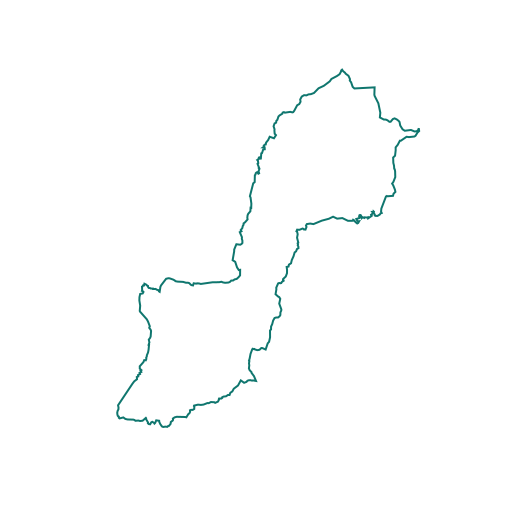 Cabesti, Bihor, Romania, rotated 323°
{"feature_id": "2599482B71952057061288", "entity_name": "Cabesti", "entity_type": "district", "adm_level": 2, "iso_a3": "ROU", "parent_name": "Romania", "parent_adm1": "Bihor", "projection": "albers", "projection_center": [22.412, 46.783], "detail": "fine", "context": "isolated", "style": "outline", "palette": "teal", "viewbox_px": 512, "rotation_deg": 323, "n_neighbors": 0, "source": "geoboundaries", "source_scale": "gbopen_adm2", "svg_char_len": 6105}
<svg xmlns="http://www.w3.org/2000/svg" viewBox="0 0 512 512"><g transform="rotate(323 256 256)"><path d="M375.4,295.7L377.1,297.1L379.9,297.4L381.1,296.9L382.3,297.3L382.6,295.8L384.6,293.6L395.6,286.7L396.6,286.8L396.9,287.4L401.6,290.4L403.4,289.0L405.9,288.7L406.9,286.6L408.1,282.2L408.3,280.1L410.3,279.5L414.7,276.8L418.0,272.2L419.0,270.2L418.9,269.5L420.6,266.9L421.7,264.3L424.8,259.9L427.4,259.6L431.1,255.7L432.9,253.3L436.1,252.5L440.3,250.5L441.0,251.1L448.0,251.4L449.7,253.1L454.4,255.9L455.7,256.0L459.3,254.6L461.5,254.4L462.9,251.9L461.3,253.0L459.5,253.1L457.6,252.0L455.6,248.6L450.2,245.5L449.3,243.0L449.7,238.6L451.3,235.3L451.2,233.8L450.6,231.6L449.5,229.5L447.7,229.0L444.3,229.8L443.3,229.1L442.7,226.8L441.8,225.2L440.2,223.9L438.3,219.9L441.5,216.4L445.6,207.7L447.1,199.5L447.6,198.4L452.2,192.7L435.4,181.4L435.0,179.1L436.5,174.5L436.5,172.3L437.5,171.3L438.3,167.7L437.3,164.3L437.4,163.2L436.8,160.8L436.9,159.0L435.7,159.1L435.0,159.8L432.2,161.1L429.1,161.0L422.8,160.0L420.0,160.9L412.6,160.9L406.9,159.7L400.4,160.7L397.3,159.8L395.1,158.5L393.0,158.1L391.2,156.5L388.5,156.2L385.5,157.6L384.4,159.6L382.0,160.7L379.6,160.4L374.0,163.0L372.3,163.5L371.5,163.2L370.1,161.5L365.3,158.9L364.9,157.9L363.6,157.5L362.7,158.2L359.4,157.9L357.9,158.1L355.0,160.1L353.6,160.3L352.3,161.6L350.6,161.3L348.1,163.0L347.1,165.9L346.2,166.9L344.5,169.6L344.7,171.5L341.2,172.8L338.7,169.0L335.5,170.7L332.3,171.5L330.9,172.8L329.9,172.3L328.6,172.6L328.5,173.5L327.3,173.5L328.0,174.0L328.1,174.7L327.2,176.0L325.9,175.2L322.8,177.4L322.0,177.2L318.5,181.1L317.5,180.5L317.9,179.2L317.6,179.1L315.9,180.2L314.8,180.1L314.9,181.0L313.7,183.2L312.7,183.3L311.4,187.9L311.1,187.8L311.1,188.5L309.0,189.9L308.3,191.8L307.4,191.7L307.4,189.8L306.9,189.6L305.7,189.7L304.5,190.7L303.7,190.8L299.4,196.2L297.5,196.3L287.1,204.6L286.9,205.9L283.8,211.4L281.1,214.7L280.7,214.2L278.4,216.9L275.2,217.6L273.8,218.4L272.1,220.2L271.3,221.7L267.5,222.5L265.7,222.5L264.8,223.6L263.6,224.0L261.8,225.5L259.4,226.1L259.3,227.5L257.4,227.2L256.1,232.5L255.0,233.8L254.4,235.5L253.0,237.4L251.6,237.7L250.2,237.5L247.4,234.8L242.5,237.7L241.3,239.2L234.8,245.3L235.9,248.1L234.0,253.7L233.8,256.9L235.0,257.5L231.6,261.9L229.5,262.4L226.8,262.7L224.8,261.8L223.0,261.8L221.4,260.7L219.5,261.0L218.0,260.6L215.2,258.8L213.7,257.2L212.9,255.8L210.7,254.7L205.6,250.9L195.1,245.1L193.8,243.4L193.0,243.0L192.6,242.4L191.6,242.1L189.8,240.3L188.0,241.6L187.0,240.5L186.6,239.6L186.4,237.6L185.6,236.4L183.9,235.1L182.2,232.8L177.9,229.2L176.5,227.6L176.4,226.6L175.6,224.9L173.6,221.9L172.6,221.0L170.5,220.1L162.6,222.3L161.2,223.0L157.5,226.6L157.2,225.8L157.5,224.5L156.5,223.3L156.0,221.9L153.9,220.4L154.1,220.0L152.4,218.7L152.1,217.9L151.1,216.9L151.2,215.6L151.7,214.9L151.1,213.8L151.2,213.0L150.3,211.2L150.2,211.0L148.9,212.1L148.3,211.5L147.0,212.1L146.5,211.9L144.5,214.8L143.9,215.2L144.4,216.0L144.5,217.0L143.0,217.7L140.7,216.6L138.2,218.7L136.1,221.3L133.6,226.0L130.1,229.9L129.9,230.6L130.7,240.8L130.3,243.4L128.9,248.2L127.5,249.1L127.5,251.4L127.1,252.7L123.5,256.8L122.3,257.6L120.0,258.3L118.9,260.8L116.8,262.3L117.1,262.6L113.7,266.3L111.7,268.1L109.1,269.6L108.2,270.6L107.1,271.1L106.5,272.2L105.2,273.0L104.1,271.9L102.2,273.0L96.8,274.1L95.4,276.0L95.8,278.1L94.7,278.1L94.6,279.6L92.6,279.3L92.3,280.5L90.1,280.1L89.5,281.3L88.0,280.9L86.8,282.8L83.4,282.8L80.6,283.6L56.0,292.2L55.0,294.3L53.8,295.7L52.3,296.4L50.8,297.7L49.8,299.4L49.4,300.6L49.8,301.7L49.1,302.6L49.3,303.6L52.9,305.1L53.6,307.5L55.1,309.3L59.5,312.8L60.3,313.9L60.5,315.0L63.0,316.6L64.1,318.0L66.3,319.3L70.6,319.0L70.6,319.5L70.0,320.1L69.6,324.0L69.0,324.5L69.2,325.7L70.2,326.7L72.2,325.8L73.4,326.0L74.2,328.2L74.1,328.7L75.1,328.6L77.4,327.2L79.5,329.3L78.9,330.3L78.4,332.5L78.3,335.5L79.0,336.7L80.9,337.7L82.4,339.1L83.5,338.9L84.2,339.3L86.7,338.7L88.1,337.3L90.5,337.3L91.2,336.9L91.8,335.8L93.9,335.9L95.9,336.7L102.6,342.0L103.3,342.9L106.9,341.5L108.0,341.6L109.6,340.8L110.4,339.5L111.5,339.8L112.8,340.8L114.6,341.0L116.1,339.2L116.1,338.5L116.5,338.2L120.2,339.8L122.4,341.8L124.7,343.1L128.7,344.2L129.7,345.1L132.1,345.5L134.7,347.7L135.0,348.7L138.0,349.4L140.1,348.4L140.1,348.0L140.7,347.6L142.6,349.0L143.6,349.0L143.9,348.5L145.4,348.7L147.6,350.0L150.0,350.1L151.2,351.1L153.2,349.8L155.6,349.9L158.4,348.6L163.7,348.6L169.0,346.2L170.2,350.1L172.6,350.8L174.0,350.5L175.0,350.7L176.7,351.7L177.9,353.2L178.7,353.5L180.8,355.8L182.1,350.7L182.1,346.8L182.5,346.0L182.2,343.4L182.7,341.5L184.9,339.2L185.8,337.5L187.5,335.9L187.4,335.4L189.3,334.0L192.7,330.9L196.9,328.2L197.6,328.1L198.0,328.9L198.8,329.3L198.8,329.8L200.3,331.9L201.1,332.4L202.4,333.0L204.9,332.7L205.7,333.4L207.4,336.5L212.8,332.8L214.8,332.4L218.3,329.4L222.4,323.9L223.8,323.7L225.6,321.4L227.9,320.2L230.8,317.9L233.5,316.7L235.0,317.2L236.7,318.4L238.6,318.3L239.9,317.8L241.6,315.7L243.3,314.8L244.1,313.9L245.9,308.0L249.6,304.8L249.8,302.8L249.3,301.8L248.6,298.3L252.2,294.9L253.1,293.5L257.2,291.2L258.3,291.5L259.0,292.4L259.9,292.8L260.9,292.3L263.2,292.4L263.5,291.4L263.3,291.2L263.8,290.7L267.4,290.3L270.4,288.4L272.5,285.7L273.9,283.2L275.6,284.0L277.1,282.7L279.6,282.9L282.1,280.8L285.8,278.8L289.0,276.4L290.8,276.4L292.9,275.1L294.6,275.3L295.5,274.0L295.8,272.5L296.5,272.1L296.9,270.9L297.8,270.8L299.8,266.1L302.4,263.7L303.5,261.2L303.2,260.6L304.7,259.7L306.4,261.2L309.7,262.1L310.3,263.0L310.2,263.6L311.4,264.7L313.8,263.2L314.2,261.8L315.8,261.1L318.8,262.7L321.1,265.1L329.9,267.4L336.6,270.1L341.2,271.0L343.3,275.0L347.8,277.7L350.6,283.2L354.5,286.1L355.4,285.5L355.7,286.0L355.9,288.9L356.4,290.9L357.5,291.1L359.3,290.3L358.4,289.8L358.1,288.7L358.4,286.8L361.4,287.9L363.0,287.8L363.4,287.7L362.3,286.4L363.1,285.7L363.7,285.8L364.2,286.3L364.1,287.4L363.2,289.4L364.5,289.3L365.3,290.7L365.9,290.4L367.9,292.2L368.7,292.4L368.2,293.4L372.6,293.6L373.0,293.1L372.6,292.6L372.7,292.3L373.6,292.4L375.4,291.8L375.4,290.8L376.3,291.5L376.7,291.1L376.8,291.7L376.0,292.2L375.8,294.3L375.4,294.5L375.4,295.7Z" fill="none" stroke="#0f766e" stroke-width="2"/></g></svg>